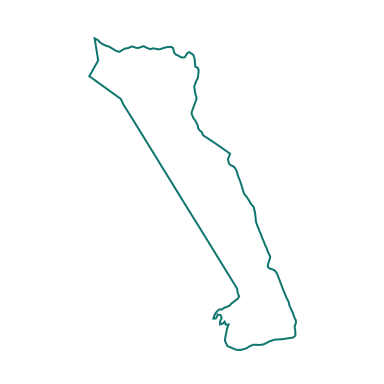 São Bento, Maranhão, Brazil (orthographic projection), rotated 265°
{"feature_id": "56859067B97105497682908", "entity_name": "São Bento", "entity_type": "district", "adm_level": 2, "iso_a3": "BRA", "parent_name": "Brazil", "parent_adm1": "Maranhão", "projection": "orthographic", "projection_center": [-45.016, -2.785], "detail": "fine", "context": "isolated", "style": "outline", "palette": "teal", "viewbox_px": 384, "rotation_deg": 265, "n_neighbors": 0, "source": "geoboundaries", "source_scale": "gbopen_adm2", "svg_char_len": 2406}
<svg xmlns="http://www.w3.org/2000/svg" viewBox="0 0 384 384"><g transform="rotate(265 192 192)"><path d="M353.5,108.4L331.2,110.0L316.3,99.8L290.9,129.2L285.1,131.3L281.7,133.0L276.0,136.0L267.5,140.3L257.2,145.5L236.0,156.1L230.7,158.8L220.7,163.7L209.1,169.6L176.6,185.9L156.3,196.2L136.2,206.3L133.5,207.6L91.8,228.5L87.5,228.7L83.9,229.9L81.7,228.2L77.5,221.6L75.5,219.5L74.6,217.0L73.9,214.1L72.4,211.4L72.6,208.8L71.2,206.9L68.9,204.7L66.4,203.2L64.0,202.3L63.9,204.6L65.7,206.1L67.7,206.9L66.9,209.7L64.1,210.6L60.9,208.8L57.7,208.4L58.3,211.4L60.0,213.2L57.0,214.1L56.8,216.9L53.9,215.4L45.4,212.8L41.3,211.8L37.7,213.0L35.5,213.8L31.4,221.4L30.5,224.5L30.5,227.6L31.6,232.8L33.3,235.9L34.5,239.9L33.8,245.6L33.8,249.0L34.6,251.8L36.5,256.2L37.7,261.6L37.5,269.0L38.2,280.1L39.9,282.5L45.1,282.8L47.7,282.5L50.1,282.8L52.2,284.1L55.3,284.2L57.5,283.2L60.3,282.5L63.2,281.8L65.2,281.0L68.5,279.8L71.8,278.9L74.0,278.8L76.8,277.5L79.6,276.5L82.0,275.8L84.7,275.0L87.4,274.1L89.9,273.4L94.6,272.1L100.1,270.5L102.4,269.8L104.7,268.9L106.8,267.4L108.1,265.0L109.1,262.5L111.0,261.0L113.1,261.4L115.5,262.3L118.4,263.6L120.6,264.3L123.4,263.3L126.8,262.1L129.5,261.5L133.0,260.1L136.3,259.2L139.1,258.3L141.4,257.5L143.9,257.0L147.0,255.9L151.4,254.6L155.0,253.5L157.4,253.1L159.7,253.1L162.7,253.1L166.1,252.9L168.9,252.6L172.0,252.0L174.6,249.9L178.8,247.9L181.4,246.6L183.5,245.2L185.6,243.8L190.3,242.7L193.0,242.2L195.0,241.7L198.6,240.9L202.4,239.7L206.4,238.8L209.4,238.1L211.7,237.2L213.9,235.5L215.4,232.8L217.2,231.3L221.5,230.6L224.7,232.3L226.9,233.2L238.5,219.4L247.5,208.0L250.9,206.9L253.0,204.8L255.0,203.7L257.3,203.6L261.0,202.3L263.6,201.1L265.8,199.7L270.2,198.4L272.6,199.1L277.7,201.5L280.6,202.8L283.7,204.4L285.9,204.7L288.4,204.1L291.6,203.7L296.8,203.4L299.7,204.7L302.2,205.9L305.1,207.8L310.7,208.9L312.9,209.2L315.1,208.6L316.6,206.1L319.0,206.3L321.4,206.1L324.1,206.3L328.4,205.3L331.6,201.4L330.5,199.3L326.9,196.6L326.7,194.5L327.5,192.3L329.1,190.2L330.3,187.9L332.2,186.4L337.0,185.7L338.3,184.1L338.6,180.7L338.2,177.7L337.7,175.3L337.1,172.7L337.1,170.5L337.8,168.5L338.5,165.8L337.9,163.0L339.5,159.6L341.5,156.5L340.5,152.5L340.1,150.2L341.1,147.7L342.3,144.9L340.9,140.8L340.8,138.0L339.9,135.8L337.9,132.0L339.2,128.7L341.8,125.2L343.9,122.3L344.9,119.7L346.4,116.9L348.6,113.8L351.6,111.4L353.5,108.4Z" fill="none" stroke="#0f766e" stroke-width="2"/></g></svg>